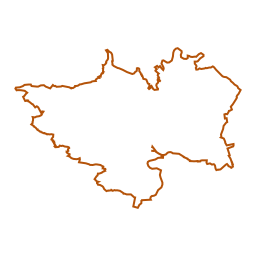 outline of Aiud, Alba, Romania
{"feature_id": "2599482B674041573443", "entity_name": "Aiud", "entity_type": "district", "adm_level": 2, "iso_a3": "ROU", "parent_name": "Romania", "parent_adm1": "Alba", "projection": "natural_earth1", "projection_center": [23.671, 46.302], "detail": "fine", "context": "isolated", "style": "outline", "palette": "amber", "viewbox_px": 256, "rotation_deg": 0, "n_neighbors": 0, "source": "geoboundaries", "source_scale": "gbopen_adm2", "svg_char_len": 5747}
<svg xmlns="http://www.w3.org/2000/svg" viewBox="0 0 256 256"><path d="M150.8,199.7L150.3,198.7L150.7,197.1L151.7,196.1L154.0,195.7L155.8,194.8L158.1,190.1L161.4,187.4L162.4,184.6L162.4,182.5L160.5,177.4L159.9,174.9L161.0,170.3L156.8,168.3L152.2,168.8L150.0,167.8L148.3,165.9L147.5,163.5L147.9,161.9L149.4,160.9L155.3,159.5L158.0,157.9L160.0,157.7L163.0,157.8L163.1,156.6L161.7,156.3L162.4,155.3L161.0,154.8L158.7,153.6L155.9,151.8L155.6,151.5L155.7,151.0L155.3,150.6L153.6,151.0L151.2,150.7L153.6,151.0L155.3,150.6L152.6,147.0L152.3,147.0L152.4,146.6L155.7,150.9L155.9,151.6L158.7,153.5L162.5,155.3L162.7,155.0L163.9,155.0L165.8,154.5L167.6,152.7L169.0,152.2L170.6,152.1L171.7,152.5L172.8,153.3L179.0,153.8L184.0,156.9L183.9,157.2L187.4,158.6L187.3,158.9L187.6,159.2L190.3,160.6L190.1,161.1L194.6,161.3L197.7,161.0L198.1,161.1L198.0,161.5L199.1,161.5L200.3,161.4L200.5,160.7L202.1,160.3L206.8,160.3L206.5,162.7L207.2,164.0L210.0,163.4L212.0,164.6L213.4,164.2L214.2,164.4L215.0,165.6L215.6,168.7L216.4,170.1L218.0,169.6L218.2,169.8L220.5,169.4L225.9,164.6L227.0,164.0L228.1,165.3L228.5,166.2L229.8,166.6L231.2,167.8L231.5,167.8L232.3,166.8L232.9,166.6L232.3,164.5L232.8,164.4L231.9,162.0L231.7,162.1L230.5,158.6L228.7,155.7L229.7,155.2L227.5,148.5L233.2,146.4L233.6,145.2L233.5,144.0L226.7,145.4L225.2,142.7L225.2,141.8L223.9,138.7L223.6,138.4L220.8,137.4L221.4,136.8L221.0,134.5L223.1,129.0L223.6,125.9L226.2,122.6L227.2,122.1L226.6,118.2L224.9,118.5L224.4,114.4L225.8,113.9L227.2,114.2L228.4,112.3L228.9,110.9L229.9,110.7L231.9,109.6L230.8,106.7L232.8,104.3L236.1,99.1L236.9,97.7L236.6,96.7L237.2,95.4L238.5,94.0L240.6,90.0L238.2,88.2L237.5,86.5L236.7,85.8L234.6,84.6L232.9,82.8L230.9,81.2L230.4,80.1L230.0,79.6L226.4,77.2L224.0,76.9L222.5,76.3L216.0,69.7L214.1,67.3L212.8,66.4L210.9,67.5L209.3,67.5L206.8,68.2L205.6,67.9L204.9,68.4L201.2,69.0L199.5,68.4L197.9,69.5L196.3,69.6L195.8,67.9L196.5,66.5L196.3,65.5L194.8,63.7L194.7,61.6L196.8,61.6L197.8,61.2L200.2,58.4L203.5,56.2L203.5,54.8L201.0,53.1L198.8,54.2L196.2,56.8L195.2,56.6L192.2,57.0L190.2,56.7L189.4,56.0L187.7,55.6L187.8,57.9L186.5,58.9L183.9,58.8L181.1,57.2L180.8,54.9L181.7,52.6L181.6,51.1L177.7,48.2L175.8,48.7L174.1,50.4L173.3,52.6L172.9,56.6L171.8,60.5L169.2,62.4L167.1,62.6L163.5,60.4L162.4,60.6L161.5,63.5L163.5,67.4L163.7,68.8L163.2,70.0L161.5,68.3L160.0,66.1L158.6,67.4L157.1,65.9L155.2,67.1L155.6,67.3L155.4,67.7L156.8,69.1L155.4,70.5L155.5,70.9L158.7,73.6L158.0,74.1L157.7,75.4L159.0,77.7L158.1,78.1L160.5,81.5L159.3,80.9L158.3,79.4L157.7,79.6L157.7,80.4L158.2,81.1L158.0,82.7L156.6,84.1L156.3,85.3L157.0,87.5L158.0,88.7L157.9,89.5L154.5,89.9L153.3,89.1L151.4,85.8L149.5,86.8L150.3,87.6L150.8,87.7L149.1,89.0L148.3,88.1L149.4,86.5L149.3,84.0L148.3,83.8L147.8,83.3L146.4,79.8L145.7,79.3L143.4,78.9L142.4,76.0L142.0,76.0L141.7,74.5L141.1,74.5L140.5,72.7L139.3,71.2L139.3,69.0L138.9,68.5L137.8,68.1L136.9,68.3L136.8,70.7L136.5,71.2L135.3,71.8L134.1,73.4L132.3,74.0L127.1,72.1L122.7,69.8L118.9,68.2L117.7,68.0L113.8,66.0L112.4,64.7L112.5,64.0L112.1,61.2L112.8,60.9L112.1,54.5L111.1,52.7L109.3,51.7L107.4,49.8L106.0,50.3L107.9,53.2L108.1,58.0L107.8,59.4L106.4,61.2L106.0,62.2L106.3,62.8L105.3,64.2L103.8,65.3L102.8,65.1L103.4,67.8L102.8,68.4L103.1,69.2L103.0,71.5L103.4,71.8L103.0,72.0L103.1,73.0L102.6,73.5L101.8,73.3L101.1,74.5L100.7,76.5L99.9,76.1L98.7,76.7L99.2,77.0L99.4,77.9L98.1,77.8L95.8,79.6L95.6,80.5L95.8,81.0L93.3,81.2L91.7,81.6L90.8,82.3L84.4,83.3L81.1,84.3L79.7,84.4L78.3,85.5L77.0,85.9L75.3,86.0L75.4,86.3L75.2,86.6L72.9,88.1L71.2,87.9L71.0,88.3L69.3,87.3L62.2,85.9L61.1,86.5L56.5,86.8L55.3,85.9L54.3,86.1L53.9,85.9L52.9,85.0L50.2,88.4L45.7,86.6L43.9,85.2L40.8,85.4L38.2,86.6L36.9,86.6L32.0,86.1L31.5,86.0L30.8,84.5L28.9,84.5L24.5,84.9L22.9,86.1L19.7,87.3L15.9,87.6L15.4,88.6L16.6,90.3L17.6,90.1L20.9,90.2L24.7,90.8L27.2,92.7L25.8,94.0L24.3,96.0L23.1,96.8L25.2,101.0L26.2,100.9L26.9,100.3L28.0,100.5L27.9,101.1L28.2,101.4L29.2,101.7L32.1,104.1L32.7,104.2L35.2,107.4L36.8,106.3L38.2,107.3L40.7,112.0L42.2,111.4L43.4,111.6L42.8,112.6L41.5,113.4L41.4,113.9L41.8,114.6L41.1,115.3L39.2,116.2L36.5,116.6L34.9,117.4L32.7,117.1L33.1,118.4L33.0,120.6L32.5,122.0L32.7,122.9L31.3,124.4L33.8,126.0L33.8,126.5L35.6,127.6L37.0,129.3L37.6,129.4L37.6,130.0L39.0,130.7L39.7,131.5L40.8,131.6L41.3,132.3L42.4,132.5L43.4,133.2L44.6,133.0L45.1,133.6L46.3,133.8L47.1,134.4L47.8,134.1L49.5,134.4L51.5,134.2L53.3,134.6L53.1,137.0L52.3,137.9L51.4,139.4L51.5,139.7L53.0,140.3L52.8,141.1L53.8,141.4L53.4,142.0L54.4,142.5L54.4,143.0L54.0,142.9L53.9,143.3L54.5,144.3L54.7,144.1L55.7,145.8L54.6,146.4L55.3,147.2L58.2,147.0L59.1,146.6L59.7,145.6L61.3,146.0L62.7,145.7L64.7,146.5L67.9,146.9L68.9,147.4L69.2,148.0L68.1,149.0L67.9,149.6L68.3,150.8L67.7,151.1L67.7,151.4L67.1,152.0L66.6,151.8L66.6,152.3L67.8,153.4L69.6,154.2L69.5,155.1L68.0,156.0L69.5,156.5L71.4,158.1L73.5,158.9L76.6,159.2L78.2,158.9L79.7,158.2L79.9,159.4L79.0,162.3L85.8,163.3L89.1,164.3L90.0,164.9L92.7,165.0L95.3,164.4L96.8,164.4L100.5,165.0L102.0,166.0L102.1,166.4L101.9,166.6L102.8,166.3L103.2,166.5L102.7,167.3L103.0,167.8L102.8,168.3L103.6,168.3L103.8,168.7L105.3,168.9L105.4,169.2L104.6,169.7L104.5,170.2L105.1,170.9L102.5,172.0L101.8,172.7L99.2,173.6L97.9,173.6L97.5,175.5L96.6,176.2L94.6,179.1L95.2,179.5L95.6,180.4L96.0,180.5L97.1,181.5L98.3,181.8L97.0,182.4L97.0,183.2L97.9,184.2L98.0,184.7L100.1,185.0L102.5,186.3L103.3,187.2L104.2,189.1L106.5,191.1L108.2,190.5L108.5,190.7L111.1,190.3L111.3,189.9L111.8,190.2L111.9,190.5L112.7,190.8L114.6,190.1L115.4,190.4L117.2,190.3L119.9,190.8L123.1,192.9L123.5,193.7L124.4,193.6L126.7,194.4L130.9,194.4L134.3,197.4L135.1,197.5L133.3,206.5L137.8,207.8L139.4,204.8L141.3,203.3L141.4,201.0L141.6,201.0L141.9,200.2L150.8,199.7Z" fill="none" stroke="#b45309" stroke-width="2"/></svg>